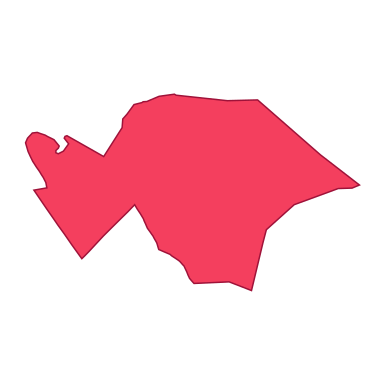 Santiago el Pinar, Chiapas, Mexico, rotated 271°
{"feature_id": "50627088B49510256409926", "entity_name": "Santiago el Pinar", "entity_type": "district", "adm_level": 2, "iso_a3": "MEX", "parent_name": "Mexico", "parent_adm1": "Chiapas", "projection": "orthographic", "projection_center": [-92.724, 16.948], "detail": "fine", "context": "isolated", "style": "filled", "palette": "rose", "viewbox_px": 384, "rotation_deg": 271, "n_neighbors": 0, "source": "geoboundaries", "source_scale": "gbopen_adm2", "svg_char_len": 1432}
<svg xmlns="http://www.w3.org/2000/svg" viewBox="0 0 384 384"><g transform="rotate(271 192 192)"><path d="M245.4,64.1L243.6,63.3L238.0,67.8L230.6,62.7L227.9,57.6L228.9,55.2L231.1,55.2L233.5,57.6L235.6,58.4L236.6,57.6L241.9,53.1L243.4,50.0L244.8,46.9L246.3,44.2L247.0,42.0L247.7,39.7L248.9,36.2L248.2,31.3L247.1,30.4L244.4,27.9L242.9,26.6L238.3,24.7L229.6,27.4L224.6,29.8L219.9,32.2L214.2,36.0L209.8,39.2L206.9,41.0L203.8,43.1L201.7,44.2L198.9,45.7L193.6,46.8L191.1,33.9L173.0,46.7L162.9,54.0L156.7,58.4L147.9,65.0L141.5,69.6L137.3,72.6L125.9,81.1L123.4,83.0L126.1,85.7L130.9,90.2L138.6,97.1L146.3,104.0L155.8,113.2L165.3,122.5L171.3,128.4L173.7,130.6L178.3,134.9L173.9,137.6L169.3,140.8L165.6,143.1L164.3,143.9L162.4,144.6L159.1,146.2L156.6,147.3L154.9,148.1L151.6,150.6L148.7,152.7L147.4,153.7L145.0,155.0L142.0,156.8L140.6,157.6L139.2,158.1L135.6,159.2L133.9,159.8L131.7,165.1L130.2,168.8L129.3,171.1L127.8,172.8L125.3,176.8L123.4,179.7L122.4,181.0L120.9,182.4L119.1,184.0L118.0,185.2L112.0,188.2L108.8,189.5L106.8,190.5L105.7,191.0L103.7,192.7L100.6,195.6L102.8,230.7L94.5,253.2L142.4,263.8L155.6,267.0L181.1,294.4L198.0,338.1L198.7,352.0L201.9,359.3L231.0,320.3L231.2,320.0L285.2,256.0L283.9,225.8L288.5,174.4L289.5,172.7L287.1,157.4L283.6,149.5L281.7,145.3L281.4,141.6L280.5,140.3L278.4,132.5L268.6,125.6L263.8,121.5L255.1,121.0L225.9,103.1L246.1,66.0L245.4,64.1Z" fill="#f43f5e" stroke="#9f1239" stroke-width="1.5"/></g></svg>